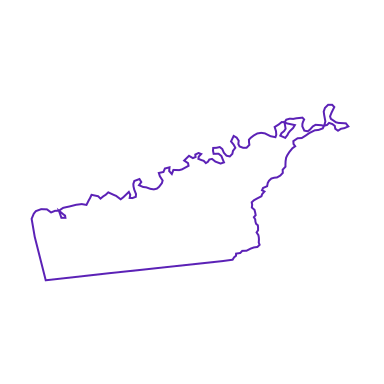 Ribeirão do Pinhal, Paraná, Brazil, rotated 84°
{"feature_id": "56859067B72697987592890", "entity_name": "Ribeirão do Pinhal", "entity_type": "district", "adm_level": 2, "iso_a3": "BRA", "parent_name": "Brazil", "parent_adm1": "Paraná", "projection": "equal_earth", "projection_center": [-50.43, -23.422], "detail": "fine", "context": "isolated", "style": "outline", "palette": "violet", "viewbox_px": 384, "rotation_deg": 84, "n_neighbors": 0, "source": "geoboundaries", "source_scale": "gbopen_adm2", "svg_char_len": 3101}
<svg xmlns="http://www.w3.org/2000/svg" viewBox="0 0 384 384"><g transform="rotate(84 192 192)"><path d="M140.0,53.8L139.1,56.4L138.1,62.1L139.4,65.0L142.4,68.3L143.7,70.6L142.7,73.9L138.3,75.4L135.8,75.1L133.9,74.3L131.6,72.9L129.6,74.4L129.6,77.7L129.6,80.6L129.9,83.7L129.3,87.1L129.9,90.7L132.4,92.7L131.8,95.4L133.9,98.7L136.0,103.0L140.3,102.1L143.9,102.2L146.2,103.3L144.7,108.1L141.3,113.4L140.4,117.0L140.6,120.9L142.2,124.6L144.2,127.9L145.9,129.9L148.5,130.1L151.1,130.0L153.7,133.1L153.4,136.5L151.7,139.9L149.2,140.9L145.9,140.2L142.6,141.9L140.6,144.7L145.8,147.9L149.3,145.6L152.6,144.3L155.3,146.9L158.3,147.9L160.6,150.7L159.5,153.9L156.3,156.2L152.4,157.4L150.2,159.7L150.6,163.1L150.4,166.3L153.1,166.8L156.3,166.5L156.7,161.6L159.3,159.0L162.9,158.0L165.9,157.1L166.7,160.6L164.2,165.6L161.2,168.6L161.5,171.4L163.6,173.0L164.7,175.2L162.2,177.1L161.2,179.4L159.7,182.2L157.5,181.6L155.2,178.9L153.9,181.4L155.1,184.8L157.6,184.8L158.4,187.6L155.7,191.2L159.9,196.5L162.9,192.9L165.6,192.7L168.5,199.7L168.9,202.5L168.1,208.2L169.9,209.1L172.0,210.2L168.8,212.5L165.1,211.8L165.8,216.5L169.1,218.3L169.6,223.0L173.0,222.3L177.5,220.0L180.0,221.0L183.4,224.2L185.0,226.6L185.4,229.7L184.5,233.1L182.6,237.0L181.9,240.1L179.7,244.0L176.8,241.4L173.6,242.9L175.0,248.2L177.9,249.5L180.3,249.6L183.6,249.2L188.2,247.9L190.9,248.4L191.8,251.9L191.4,254.6L188.3,253.7L185.3,254.8L190.0,260.8L191.8,263.7L187.9,267.9L186.6,270.3L183.6,275.3L185.8,278.2L186.9,280.5L189.0,283.7L186.4,285.8L184.3,292.2L187.5,294.1L189.4,295.5L193.8,298.3L192.5,302.9L192.6,308.6L193.6,315.5L193.9,318.5L194.3,321.8L195.5,324.1L196.7,326.3L196.4,330.2L197.6,334.3L194.1,338.1L193.3,343.8L194.7,349.3L197.0,351.6L201.9,354.3L220.1,353.1L264.5,346.7L264.1,282.5L264.1,248.7L264.0,224.3L263.9,168.9L263.6,158.7L261.4,157.0L260.0,154.9L257.9,154.6L257.7,150.4L255.8,148.2L256.1,143.9L254.4,139.5L253.6,136.2L253.5,132.7L251.6,130.3L249.2,130.9L246.3,130.4L244.0,130.3L241.8,130.5L239.0,132.0L236.9,130.3L234.2,130.0L232.0,130.0L230.3,131.6L228.2,132.0L225.8,132.0L223.5,133.1L221.7,131.1L219.2,131.3L216.3,131.7L213.7,134.1L211.0,133.5L208.5,133.7L206.7,131.3L205.2,127.8L203.5,123.4L201.4,122.4L199.1,119.9L197.6,122.2L195.4,120.9L194.1,116.7L190.9,115.7L188.8,114.2L186.9,111.7L186.4,108.8L186.4,105.9L184.9,102.5L182.5,99.7L179.3,99.5L176.6,96.4L174.5,96.2L171.1,95.7L167.7,94.8L165.4,93.4L162.4,91.0L159.0,87.6L157.3,84.6L154.9,86.0L152.0,85.9L149.6,81.4L149.8,77.2L147.8,73.1L145.6,69.1L143.5,63.5L143.5,59.6L142.4,55.3L140.0,53.8ZM132.4,92.7L133.7,90.4L136.2,82.7L139.0,84.8L141.6,88.2L143.5,90.0L145.3,91.1L147.9,93.6L145.2,98.3L142.9,96.9L141.1,94.1L138.9,92.3L132.4,92.7ZM196.7,326.3L198.9,324.1L200.6,322.5L202.2,320.7L204.4,320.6L204.0,324.6L196.7,326.3ZM146.3,40.4L144.7,37.2L144.4,33.7L143.1,29.7L139.8,31.8L138.6,39.1L137.7,41.6L135.7,43.9L133.7,46.3L131.2,46.8L127.6,44.9L122.4,41.6L119.9,43.5L119.5,47.5L122.3,51.0L125.8,52.6L129.3,52.5L135.7,52.0L137.9,52.8L140.0,53.8L139.4,50.6L137.6,48.5L139.1,45.3L141.2,43.1L144.1,42.9L146.3,40.4Z" fill="none" stroke="#5b21b6" stroke-width="2"/></g></svg>